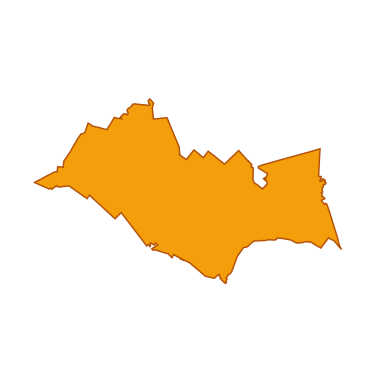 San Nicolás Buenos Aires, Puebla, Mexico, rotated 100°
{"feature_id": "50627088B47100083140695", "entity_name": "San Nicolás Buenos Aires", "entity_type": "district", "adm_level": 2, "iso_a3": "MEX", "parent_name": "Mexico", "parent_adm1": "Puebla", "projection": "natural_earth1", "projection_center": [-97.501, 19.221], "detail": "fine", "context": "isolated", "style": "filled", "palette": "amber", "viewbox_px": 384, "rotation_deg": 100, "n_neighbors": 0, "source": "geoboundaries", "source_scale": "gbopen_adm2", "svg_char_len": 5913}
<svg xmlns="http://www.w3.org/2000/svg" viewBox="0 0 384 384"><g transform="rotate(100 192 192)"><path d="M210.0,348.7L211.0,344.7L211.2,344.0L211.3,343.6L211.7,341.8L213.0,336.2L213.6,334.4L213.7,333.5L213.8,333.1L213.8,332.7L213.6,332.6L212.8,331.9L213.0,331.3L213.6,330.2L211.8,329.0L211.9,328.9L210.1,327.5L210.4,326.8L209.2,326.0L210.3,324.2L207.3,314.2L215.8,296.3L216.2,295.2L216.8,294.3L212.9,292.4L224.2,274.9L225.5,272.8L229.5,266.6L231.7,263.1L228.1,260.6L224.6,258.2L226.2,256.3L228.5,253.9L229.0,253.2L230.4,251.8L230.8,251.3L231.3,250.8L233.4,248.5L235.0,246.7L235.5,246.3L235.5,246.2L242.4,238.7L244.5,236.4L244.5,236.5L248.3,232.3L248.9,231.7L251.1,229.3L253.0,227.3L251.4,225.7L253.1,223.8L253.0,223.7L250.4,223.9L249.4,224.0L250.7,219.9L248.7,218.9L250.0,216.6L255.0,221.8L255.1,221.7L256.1,220.1L255.3,218.6L255.4,218.2L255.4,217.9L256.6,208.5L256.7,207.5L256.7,206.9L256.8,206.4L256.9,205.6L257.0,204.8L256.9,204.7L257.1,204.5L257.5,204.0L260.2,200.3L256.9,199.2L257.4,197.7L258.0,195.8L258.2,195.4L258.2,195.2L258.3,195.0L258.4,194.7L258.5,194.1L258.8,193.0L259.1,192.1L259.2,191.6L259.5,191.8L259.9,192.0L260.0,191.7L260.1,191.1L260.2,190.8L260.1,190.4L260.1,190.1L259.9,189.7L260.1,189.2L260.5,189.4L260.6,189.1L260.3,188.9L260.7,188.2L260.3,188.0L260.5,187.4L261.1,185.8L261.2,185.2L261.4,184.4L262.7,180.6L262.9,180.7L270.9,167.0L271.2,166.6L272.6,164.2L272.8,160.8L273.0,157.0L273.1,156.7L273.0,156.1L273.0,155.7L273.1,155.2L270.0,152.6L268.4,151.2L270.0,150.2L270.9,149.4L272.4,149.2L272.3,148.6L273.8,147.1L276.2,143.3L275.1,142.4L274.2,143.0L273.7,142.8L273.3,142.8L272.9,142.9L272.3,142.4L271.5,142.5L271.3,142.8L271.1,143.3L267.0,141.9L266.9,141.3L266.3,140.8L265.7,140.1L264.9,139.7L264.0,139.3L263.1,139.0L262.3,138.9L261.1,138.6L247.6,136.2L237.8,131.7L237.4,130.5L236.9,129.2L236.3,128.0L235.2,127.0L233.3,125.7L229.9,122.9L229.2,121.2L228.9,119.5L228.4,117.7L227.9,115.9L227.7,114.6L227.0,111.2L226.0,109.1L225.6,107.5L225.2,103.3L224.4,101.2L223.9,100.6L222.7,100.4L222.5,99.6L222.0,94.1L222.1,88.6L222.1,86.4L223.9,80.9L224.0,79.8L223.7,78.6L223.4,77.2L222.9,75.3L222.3,73.9L221.5,72.3L221.1,70.7L221.0,68.3L220.6,66.2L221.3,64.8L222.3,62.2L223.4,59.5L223.9,57.7L224.3,56.4L224.8,55.4L213.3,49.5L214.1,48.2L214.7,45.9L215.1,44.5L215.4,43.6L215.8,43.0L216.7,42.0L217.9,40.5L219.0,39.2L219.6,38.5L220.7,37.2L222.0,35.6L222.0,35.3L220.1,36.8L218.1,38.0L215.9,39.1L213.7,40.0L212.5,40.5L212.1,40.6L200.3,46.7L196.3,48.8L194.4,49.6L191.6,51.2L189.3,52.3L185.3,54.5L181.5,56.6L181.4,56.7L180.2,57.6L180.1,58.5L181.3,59.2L177.8,63.1L177.7,63.1L177.4,62.9L176.2,61.0L175.5,60.0L173.7,62.4L174.0,63.1L171.9,63.4L170.1,64.4L169.4,63.3L167.4,64.2L164.9,64.3L164.7,63.8L164.2,63.7L162.1,63.8L161.9,62.9L160.5,61.7L159.2,62.1L159.6,62.8L159.3,62.9L157.3,62.9L157.3,64.1L156.9,64.1L156.7,64.2L156.6,64.3L156.4,65.5L158.9,65.9L159.0,66.0L158.9,68.2L158.0,67.9L157.6,67.3L156.5,67.2L156.0,67.8L154.4,67.5L154.6,70.1L153.4,70.2L152.1,70.4L132.6,72.8L127.2,73.4L132.3,83.7L145.8,112.1L149.5,119.6L153.7,128.5L154.1,129.1L154.9,130.4L155.3,130.9L155.5,131.0L155.8,131.1L156.0,131.0L156.4,130.9L156.7,130.7L157.0,130.5L157.3,129.6L159.6,124.0L160.2,122.5L160.6,121.4L160.9,120.5L161.1,120.6L163.3,121.3L163.5,121.1L164.1,121.2L165.3,122.8L165.9,123.2L166.4,123.9L167.2,122.9L167.5,122.6L166.2,121.8L168.6,120.7L169.6,119.8L170.6,119.2L171.2,119.5L173.1,120.7L173.3,120.7L174.2,121.5L175.0,122.1L176.9,123.2L175.8,124.9L173.9,128.3L173.2,129.8L172.3,132.1L170.8,133.4L170.0,133.6L169.6,133.9L168.6,134.2L168.3,134.6L167.9,134.4L166.6,134.5L164.9,134.8L162.0,135.2L160.4,135.5L158.8,135.6L157.8,135.8L157.5,136.2L157.2,136.9L157.1,137.4L157.2,137.6L157.4,137.9L157.0,138.0L156.1,138.1L155.1,138.0L154.7,137.8L154.5,138.1L153.6,139.3L153.4,139.5L152.2,141.2L151.6,141.8L151.9,142.0L143.0,153.3L145.8,155.2L152.5,160.2L155.6,162.4L158.9,164.9L152.8,176.0L149.1,183.1L152.7,185.1L154.7,186.0L156.2,187.0L154.7,189.6L153.5,191.5L152.1,194.0L150.3,197.4L157.0,201.0L161.0,203.2L160.5,204.4L158.9,207.9L158.0,209.7L157.4,211.1L156.7,210.6L148.9,212.9L148.7,213.3L144.6,215.9L132.2,223.8L130.0,225.3L126.9,227.1L124.5,228.7L123.2,229.5L123.6,231.1L126.9,242.6L116.2,245.7L113.5,245.5L111.2,245.3L109.2,247.7L107.8,249.7L108.6,250.2L109.7,251.0L111.3,250.4L112.2,249.9L112.3,249.5L112.5,249.5L112.6,249.3L112.7,249.1L112.9,249.0L113.0,248.9L113.1,248.7L113.3,248.6L113.5,248.6L113.8,249.0L114.1,249.5L114.7,256.4L114.8,256.5L114.8,257.1L114.9,257.9L114.8,258.1L115.1,262.0L115.1,262.4L115.1,263.0L115.1,263.4L115.1,263.6L115.2,263.8L115.4,264.2L115.5,264.5L115.9,265.5L116.1,265.7L116.3,265.8L116.9,266.0L117.9,266.7L118.7,266.9L120.0,268.1L120.3,268.5L120.5,269.2L121.4,269.6L122.1,269.7L122.5,270.2L123.7,269.9L124.2,269.5L124.6,268.9L124.8,268.8L125.5,268.8L126.1,268.7L126.6,268.7L127.0,269.0L127.2,269.4L126.8,269.9L126.7,271.2L126.8,271.9L126.9,272.4L126.9,272.9L127.4,273.5L129.7,274.4L129.9,275.1L130.7,275.5L131.3,275.6L131.4,275.4L131.5,275.2L131.8,274.8L131.9,274.6L131.9,274.3L131.9,274.1L132.0,274.0L132.4,278.1L132.2,281.0L132.0,281.5L138.8,283.9L144.4,286.4L145.4,286.4L145.2,287.9L145.3,288.4L145.2,290.0L144.6,295.0L144.5,295.5L144.5,296.1L144.6,296.4L144.7,296.8L144.6,298.3L144.5,298.7L144.6,298.9L144.6,299.2L144.5,299.7L144.4,301.0L144.3,301.3L144.2,301.7L144.0,302.2L143.8,302.4L143.5,303.1L143.2,303.5L142.9,304.7L142.8,305.1L142.7,305.4L142.2,306.2L142.6,306.4L144.0,306.5L146.8,307.0L151.9,307.8L152.1,307.9L152.2,308.0L153.7,310.2L153.8,310.4L153.9,310.9L154.0,311.3L159.0,313.7L160.1,314.1L161.7,314.6L166.9,316.6L173.2,318.8L174.5,319.3L176.9,320.5L179.3,321.5L183.7,323.5L183.8,323.6L189.9,323.2L190.1,325.8L190.2,326.7L190.3,327.1L190.3,328.1L190.4,328.6L195.7,328.4L195.9,330.2L197.1,332.3L198.4,333.9L203.3,340.2L204.9,342.2L205.5,343.0L206.0,343.6L206.5,344.3L208.1,346.4L208.9,347.4L209.4,348.1L210.0,348.7Z" fill="#f59e0b" stroke="#b45309" stroke-width="1.5"/></g></svg>